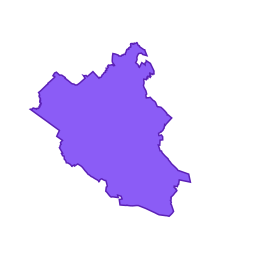 outline of Zantes pag., Kandavas, Latvia, rotated 44°
{"feature_id": "27541924B93807548705439", "entity_name": "Zantes pag.", "entity_type": "district", "adm_level": 2, "iso_a3": "LVA", "parent_name": "Latvia", "parent_adm1": "Kandavas", "projection": "natural_earth1", "projection_center": [22.704, 56.858], "detail": "fine", "context": "isolated", "style": "filled", "palette": "violet", "viewbox_px": 256, "rotation_deg": 44, "n_neighbors": 0, "source": "geoboundaries", "source_scale": "gbopen_adm2", "svg_char_len": 5421}
<svg xmlns="http://www.w3.org/2000/svg" viewBox="0 0 256 256"><g transform="rotate(44 128 128)"><path d="M107.2,69.0L99.2,66.0L94.4,66.9L95.1,67.6L95.1,69.4L96.4,70.7L96.0,70.7L92.5,71.4L94.1,76.4L93.1,76.5L92.9,76.0L90.9,75.5L88.1,75.7L87.6,73.8L87.0,72.5L86.8,72.3L85.5,71.3L84.9,70.2L84.4,69.0L84.4,68.7L83.9,67.1L85.7,64.8L87.5,64.9L91.4,62.8L86.9,60.8L85.7,60.1L85.1,60.6L79.8,61.5L79.8,61.3L79.6,61.3L79.4,61.1L79.0,61.0L78.8,61.0L77.5,61.4L75.7,60.5L75.1,60.4L75.0,60.5L74.9,61.1L74.6,62.0L74.4,62.2L73.8,62.5L73.6,62.6L73.9,63.0L74.0,63.2L73.7,63.9L73.5,64.1L73.3,64.1L73.0,64.0L72.6,64.1L72.6,64.5L72.0,64.7L71.7,64.9L71.5,65.3L71.4,65.5L71.7,66.1L72.3,66.5L73.0,67.0L73.3,67.4L73.4,67.6L73.7,67.8L73.6,68.1L73.4,68.3L73.2,68.4L73.2,68.6L73.3,68.7L73.1,69.0L72.9,69.6L73.0,70.1L73.7,70.8L72.8,71.5L72.7,72.6L73.1,73.0L73.2,73.7L73.9,74.8L74.1,76.0L74.5,76.3L74.9,77.0L74.3,77.4L73.7,78.1L73.5,78.6L73.7,78.9L73.5,79.0L73.5,79.6L73.0,79.8L73.0,80.7L73.1,81.2L71.1,82.6L70.4,82.3L67.5,83.6L65.4,84.9L67.0,87.2L70.1,90.8L71.5,91.7L74.2,92.1L74.9,92.4L74.4,93.2L72.8,93.3L72.2,94.1L71.3,95.5L70.2,96.3L70.4,97.8L71.5,97.8L71.8,99.5L71.6,99.7L71.3,99.8L71.3,100.1L70.9,100.2L71.4,100.8L72.2,101.0L72.7,101.4L72.0,102.4L72.2,103.1L73.1,103.5L73.0,103.9L72.4,105.0L72.8,106.8L72.6,108.1L73.3,109.3L73.2,110.7L72.4,111.3L72.5,112.3L63.6,111.8L63.0,119.4L61.4,119.3L59.9,121.2L59.6,121.3L62.6,122.0L62.2,126.9L62.1,128.4L62.0,129.5L61.9,129.9L61.5,132.3L60.2,133.7L58.7,133.9L57.5,134.7L56.9,135.1L52.2,135.5L51.5,135.5L51.2,135.8L50.2,135.6L48.2,136.0L47.8,135.3L43.6,136.0L42.0,137.5L37.7,137.6L37.0,139.4L37.7,142.6L39.4,142.1L39.5,141.9L39.9,142.1L40.0,142.4L39.6,148.9L39.3,151.5L39.6,151.7L39.9,152.2L39.5,153.8L39.6,154.0L39.3,162.3L39.0,164.6L40.4,164.9L40.6,165.1L41.3,165.6L41.4,165.8L41.6,165.9L41.5,166.1L41.7,166.7L42.2,166.9L42.2,167.0L42.9,167.1L43.0,167.2L43.2,167.5L43.3,167.4L43.9,167.6L44.4,167.5L44.5,167.6L44.5,167.9L44.7,168.0L45.3,168.4L45.2,168.7L45.3,168.8L45.3,169.0L45.5,169.1L45.9,169.0L46.0,169.2L46.0,169.3L45.6,169.4L45.7,169.5L45.9,169.6L45.7,169.7L46.0,170.1L46.6,170.7L46.8,170.7L47.0,170.4L47.7,170.4L48.0,170.7L48.5,170.7L48.6,171.0L48.3,171.5L48.5,171.7L48.8,171.5L49.0,171.7L49.1,171.8L48.9,172.0L48.7,172.1L48.8,172.2L49.0,172.2L49.0,172.3L48.6,172.7L48.7,172.9L49.4,173.3L49.6,173.7L49.9,173.9L49.9,174.1L49.5,174.2L49.2,174.4L49.4,174.6L49.6,174.8L50.0,175.4L50.0,175.9L49.8,176.2L49.8,176.6L49.4,176.9L49.2,176.7L49.0,176.9L49.0,177.4L48.5,177.7L48.5,177.8L48.7,178.1L48.2,178.2L47.8,178.5L47.4,178.6L47.2,179.0L46.6,179.1L46.2,179.2L46.1,179.4L46.1,179.6L45.8,179.8L45.8,180.1L45.9,180.3L45.9,180.9L45.8,181.1L45.8,181.4L45.2,181.7L45.1,182.0L44.8,182.2L44.7,182.4L54.1,181.1L61.0,180.1L80.4,177.4L81.5,180.8L82.5,183.5L89.5,182.4L89.5,185.4L90.4,185.9L91.2,186.2L91.2,187.4L92.3,189.1L92.3,189.8L98.4,191.5L97.8,192.5L98.8,192.8L100.2,193.4L101.3,192.8L101.6,192.7L102.3,193.3L103.8,194.7L104.5,194.7L104.9,194.6L106.3,195.0L106.6,195.1L107.8,195.9L109.1,194.9L111.5,194.3L113.5,194.4L114.2,194.6L114.4,194.5L114.2,193.7L114.6,193.4L114.7,193.2L115.0,192.0L116.0,192.4L116.8,188.8L120.4,188.0L122.4,187.9L126.6,188.5L129.4,188.7L131.2,189.0L131.7,189.0L132.8,188.6L135.1,188.5L137.1,187.8L138.1,187.7L140.6,187.1L142.2,186.6L143.6,186.5L144.2,186.9L144.4,186.9L144.4,186.1L144.1,185.5L143.8,184.9L144.1,183.3L144.4,182.8L145.8,182.5L147.5,182.0L148.2,181.5L148.4,181.2L149.4,181.6L150.1,182.0L153.4,184.1L153.7,184.9L153.4,185.6L155.9,188.9L157.6,188.9L158.8,189.1L161.7,189.5L163.3,189.5L163.9,189.3L164.8,188.1L169.4,184.8L168.4,184.4L167.7,183.8L167.2,183.5L170.4,181.9L173.0,183.1L171.5,185.6L175.7,188.9L177.1,187.8L180.6,184.9L180.8,184.2L181.5,184.0L183.5,182.5L185.4,180.8L188.0,177.8L189.3,176.6L196.5,173.6L204.7,170.8L205.8,170.4L208.8,169.5L210.7,168.8L213.1,167.0L216.1,164.8L216.2,164.6L217.4,163.8L218.9,162.9L218.9,162.5L219.0,160.7L219.0,158.3L218.7,156.3L212.6,153.1L211.4,152.9L210.8,151.4L209.4,150.8L209.6,150.7L207.6,148.3L207.3,148.4L206.9,147.7L207.0,147.5L207.1,144.6L206.9,143.1L206.7,141.0L206.9,140.2L206.6,139.0L206.2,138.8L205.2,139.0L204.8,138.4L203.4,138.6L202.4,138.6L202.2,138.5L202.2,138.4L201.7,137.7L202.2,137.5L203.6,136.1L204.2,135.9L203.1,133.6L203.5,133.3L201.2,130.1L200.9,129.7L210.5,123.6L205.0,119.9L203.7,119.0L194.3,123.3L193.4,123.8L192.2,123.5L189.8,123.4L184.1,123.5L182.0,123.1L179.3,122.8L178.2,122.3L174.2,122.4L169.7,122.1L168.1,121.3L166.9,122.1L165.2,121.1L161.6,119.2L162.8,118.3L159.5,114.5L161.2,112.4L159.0,110.2L156.8,109.8L156.2,111.0L155.9,111.6L155.4,112.0L153.7,110.6L154.3,108.7L154.2,107.9L154.6,107.9L154.7,105.3L154.1,103.6L154.2,103.3L152.9,101.4L152.8,101.0L152.1,100.2L153.0,100.2L152.7,98.9L152.7,98.0L152.5,90.4L147.8,90.7L147.7,90.8L147.7,90.7L145.6,90.8L145.3,90.4L143.1,90.2L139.9,90.1L137.3,90.2L134.7,91.9L134.7,92.0L134.0,92.2L129.7,90.3L129.8,90.3L127.8,90.4L126.6,90.7L122.6,90.5L121.9,91.8L120.2,93.6L117.9,91.9L117.9,90.6L115.0,88.8L111.1,87.6L109.5,86.6L109.4,86.5L108.6,84.9L107.6,83.8L105.8,82.5L105.4,81.9L106.9,80.8L107.6,80.7L107.6,80.0L107.0,79.3L107.9,78.7L107.5,78.1L106.6,78.2L106.3,78.0L106.2,77.8L106.3,76.9L107.1,76.7L107.5,76.2L108.8,76.2L108.6,75.0L108.5,74.8L107.1,74.9L106.9,74.2L105.9,74.0L105.6,73.6L105.5,73.2L108.2,72.7L108.1,72.1L108.7,72.0L108.6,71.7L108.6,71.4L109.1,71.0L107.7,69.7L107.4,69.4L107.2,69.0Z" fill="#8b5cf6" stroke="#5b21b6" stroke-width="1.5"/></g></svg>